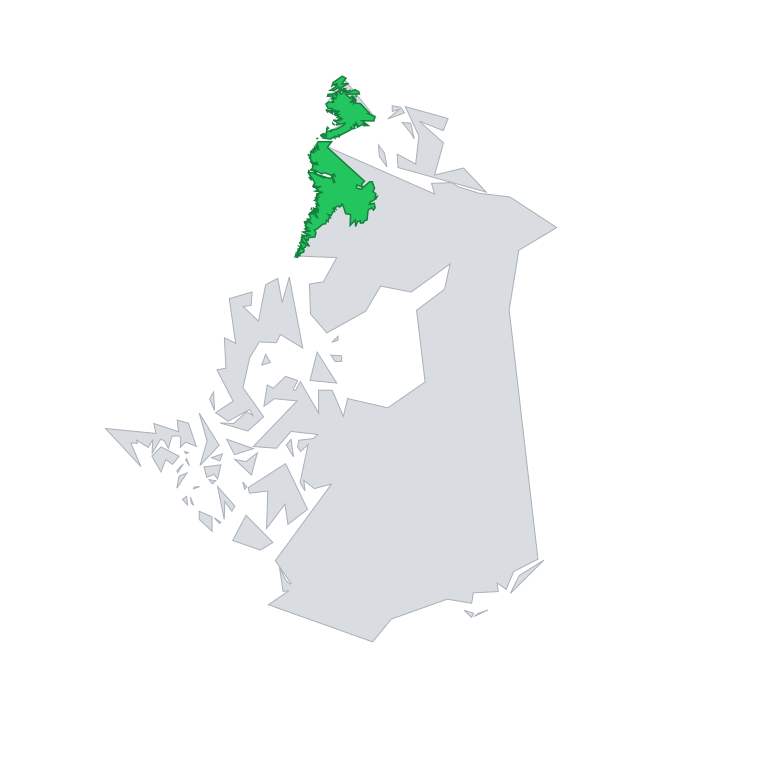 Newfoundland and Labrador highlighted on a map of Canada, rotated 221°
{"feature_id": "CAN-686", "entity_name": "Newfoundland and Labrador", "entity_type": "Province", "adm_level": 1, "iso_a3": "CAN", "parent_name": "Canada", "parent_adm1": "", "projection": "orthographic", "projection_center": [-58.847, 53.496], "detail": "fine", "context": "in_parent", "style": "filled", "palette": "green", "viewbox_px": 768, "rotation_deg": 221, "n_neighbors": 0, "source": "natural_earth", "source_scale": "10m", "svg_char_len": 9899}
<svg xmlns="http://www.w3.org/2000/svg" viewBox="0 0 768 768"><g transform="rotate(221 384 384)"><path d="M195.2,263.0L224.3,211.3L223.4,181.9L326.4,141.6L320.1,165.6L324.2,161.3L342.8,177.3L329.4,171.5L324.0,171.1L323.1,172.4L350.1,179.4L358.0,274.0L367.9,259.4L381.2,258.6L373.5,251.5L382.7,254.6L401.6,288.5L402.7,278.3L408.0,279.9L411.4,285.6L401.5,296.5L400.9,302.4L423.1,287.2L423.1,264.9L441.6,251.1L438.5,314.2L457.0,301.1L460.0,288.4L471.5,306.7L464.8,308.2L463.3,325.1L451.5,329.9L449.4,321.4L448.4,320.2L446.6,321.1L448.7,330.9L414.3,319.2L429.4,336.4L419.0,345.3L393.4,332.9L401.9,349.1L365.5,368.5L354.3,412.5L407.8,461.0L400.5,495.3L412.9,518.1L423.8,471.3L450.8,455.6L445.6,426.9L460.7,385.0L485.4,388.7L505.9,410.5L496.8,421.2L502.6,448.4L534.4,422.9L556.3,487.9L579.0,493.7L557.5,505.2L557.9,509.9L579.0,498.9L592.6,522.7L470.4,560.6L479.7,566.6L465.1,580.3L457.0,581.7L437.3,590.4L411.6,607.8L356.3,615.3L370.0,573.4L338.1,522.0L152.9,352.8L163.1,327.6L157.1,309.2L168.0,308.1L161.7,302.2L179.6,285.0L174.0,276.0L195.2,263.0ZM462.2,274.3L468.6,276.7L477.2,253.7L492.3,251.9L486.6,272.1L519.4,285.1L513.7,292.2L534.8,314.2L522.6,317.4L556.8,346.9L544.0,366.9L535.8,356.2L541.2,350.0L519.9,349.1L538.5,381.3L533.5,394.0L514.3,378.7L525.6,402.5L468.9,357.8L494.7,353.4L492.4,344.5L505.8,333.9L502.6,315.7L488.0,288.7L453.3,280.3L455.9,259.2L482.1,247.1L471.4,255.7L469.5,272.9L462.2,274.3ZM513.3,162.2L564.9,167.7L523.7,197.1L531.8,203.2L507.8,213.2L516.3,221.1L505.9,226.1L484.8,213.8L495.6,209.9L496.2,202.6L502.2,210.3L504.7,210.3L509.8,205.5L504.5,193.9L512.1,196.9L516.4,196.0L513.5,179.4L522.0,190.4L520.4,181.4L534.2,179.3L531.2,177.5L536.3,173.4L513.3,162.2ZM377.8,197.8L401.5,227.0L413.9,213.3L418.5,216.7L406.1,259.3L359.5,239.2L364.4,215.0L379.9,228.4L377.8,197.8ZM497.3,605.0L482.9,574.9L465.6,599.2L432.8,595.9L515.4,556.6L524.9,566.2L504.4,570.8L520.5,594.2L549.9,607.3L509.8,626.4L505.5,614.0L529.8,605.5L497.3,605.0ZM395.5,166.6L402.0,194.4L363.9,191.5L368.4,177.5L395.5,166.6ZM494.7,171.3L512.0,177.4L511.0,190.3L491.2,195.1L490.9,184.6L499.1,183.8L494.7,171.3ZM469.4,201.8L480.2,225.0L504.5,240.9L468.2,229.6L469.4,201.8ZM415.8,177.0L442.4,197.5L416.5,194.0L415.4,188.2L427.0,190.9L415.8,177.0ZM594.6,530.7L584.9,554.6L610.6,556.9L617.4,588.7L565.3,579.1L594.6,530.7ZM424.3,228.3L447.1,229.2L437.4,234.8L434.4,248.9L424.3,228.3ZM420.3,353.7L442.2,338.2L455.3,364.1L420.3,353.7ZM450.5,232.6L466.6,239.1L440.1,249.6L450.5,232.6ZM440.1,166.7L426.7,170.9L417.1,160.1L434.5,160.6L440.1,166.7ZM465.5,203.3L454.1,216.0L447.3,203.1L453.0,204.3L456.5,197.3L465.5,203.3ZM472.0,169.4L478.2,179.9L474.4,187.7L472.0,169.4ZM151.3,308.8L156.3,328.3L147.8,355.8L151.3,308.8ZM494.6,252.9L505.8,258.3L507.4,266.2L494.6,252.9ZM404.5,269.7L417.8,273.9L417.9,281.3L404.5,269.7ZM466.0,215.2L460.0,225.3L457.5,218.3L466.0,215.2ZM483.5,182.7L483.1,192.1L481.5,181.8L483.5,182.7ZM488.6,318.1L492.8,328.7L483.9,325.8L488.6,318.1ZM451.3,167.7L456.0,171.7L447.9,167.5L451.3,167.7ZM426.3,217.3L420.1,216.4L420.1,213.1L426.3,217.3ZM555.0,586.6L552.6,601.8L556.5,595.1L560.4,599.4L553.1,603.8L546.4,602.1L555.0,586.6ZM460.4,164.7L459.3,169.8L453.0,163.8L460.4,164.7ZM545.0,560.7L535.1,558.6L524.2,549.8L536.9,552.8L545.0,560.7ZM443.0,370.9L434.4,377.5L430.8,373.3L435.7,368.9L443.0,370.9ZM164.8,265.3L175.0,265.8L165.9,269.7L164.8,265.3ZM477.1,194.6L483.8,196.6L484.1,198.2L477.1,194.6ZM453.3,197.0L447.5,200.7L448.1,196.0L453.3,197.0ZM522.0,588.8L528.0,590.8L541.9,593.3L535.0,598.4L522.0,588.8ZM450.8,381.3L450.0,389.9L447.4,386.9L450.8,381.3ZM424.4,171.6L416.5,172.7L416.6,170.8L424.4,171.6ZM490.2,202.2L486.6,203.9L487.7,201.4L490.2,202.2ZM459.6,181.7L455.8,185.6L459.0,179.9L459.6,181.7ZM163.6,267.5L162.4,272.5L157.3,281.8L163.6,267.5Z" fill="#d9dde1" stroke="#a8b0b8" stroke-width="1"/><path d="M534.2,422.4L535.1,423.2L533.6,422.5L532.8,423.1L535.0,424.1L532.1,426.2L535.0,424.6L533.9,427.3L536.1,425.9L535.3,429.1L535.9,430.2L537.3,430.6L536.6,430.7L536.0,432.2L538.4,432.3L536.2,433.8L540.3,435.4L539.8,437.3L536.5,437.6L536.0,438.3L541.7,438.2L540.4,438.4L541.4,439.9L540.3,440.5L542.3,440.2L542.9,442.0L542.0,442.5L543.3,442.9L539.3,444.6L539.9,445.4L538.2,447.2L544.9,445.5L542.5,448.6L544.3,449.0L541.4,449.3L539.5,451.2L545.4,449.1L544.9,450.6L546.3,451.0L544.8,451.3L543.8,452.1L547.3,451.7L547.4,454.0L548.8,456.0L544.4,457.5L548.6,458.7L547.7,460.8L552.0,462.8L552.0,464.5L551.0,464.1L548.2,466.3L549.6,468.5L544.2,466.2L547.0,465.7L543.6,466.0L549.4,469.0L546.4,470.4L550.0,472.6L546.8,472.3L551.7,473.5L550.9,475.4L552.4,475.7L550.5,476.0L555.8,478.5L554.3,479.6L556.7,478.5L556.0,481.7L558.5,479.0L557.1,481.0L558.6,482.1L557.6,483.1L557.3,484.3L558.5,482.6L559.4,483.4L555.8,488.6L562.3,484.6L560.9,487.3L564.7,487.0L562.5,489.1L561.1,491.9L566.6,485.8L565.0,489.0L567.5,486.8L568.3,490.6L579.4,493.7L577.4,496.3L563.5,500.4L572.2,498.2L559.4,503.6L559.4,506.7L554.2,502.9L553.7,504.3L559.9,507.0L557.3,508.8L559.3,509.8L561.2,506.7L567.5,504.5L568.8,501.7L576.3,500.1L572.3,498.4L578.7,498.5L581.6,503.0L578.2,506.0L579.9,506.0L579.5,507.9L582.3,504.2L585.9,503.3L584.2,504.6L589.7,506.1L587.6,506.2L591.6,511.0L588.6,512.6L591.3,514.8L588.7,515.2L591.8,517.4L586.3,518.0L592.7,519.6L588.6,519.7L592.3,521.4L592.6,523.7L582.5,532.6L582.0,525.4L531.8,524.3L532.0,520.4L529.7,518.3L535.0,516.5L533.5,513.8L529.2,515.8L527.5,527.2L525.5,528.9L519.6,525.6L518.7,522.1L514.9,522.2L513.1,518.9L512.2,520.9L511.6,518.4L513.7,512.3L513.0,509.9L510.0,514.0L506.3,511.2L506.0,508.3L508.8,508.9L510.1,504.9L504.4,496.6L505.8,494.8L505.4,491.8L507.4,490.0L508.9,491.5L510.5,489.3L508.8,484.2L513.3,488.9L513.6,481.5L520.4,489.9L524.7,487.4L532.9,492.4L534.1,491.9L533.0,490.2L533.8,488.3L535.2,488.8L536.9,484.6L535.1,484.3L537.5,483.0L534.5,481.9L535.4,480.0L534.4,476.3L537.2,475.2L533.4,474.3L534.5,472.6L532.7,469.9L534.7,469.9L533.2,466.5L535.1,464.5L536.4,456.2L537.7,454.5L534.7,453.6L532.6,449.6L536.9,445.1L535.5,442.6L539.3,441.7L530.6,438.9L534.4,438.3L533.1,435.9L534.5,432.2L532.3,432.8L531.2,430.8L533.1,427.1L532.0,426.4L531.7,425.4L533.6,424.7L532.3,422.8L532.8,422.5L534.2,422.4ZM620.2,578.2L617.4,588.9L613.3,589.8L612.8,582.7L607.9,587.6L610.6,580.2L608.0,574.8L606.4,574.6L605.6,580.2L603.9,581.3L605.4,578.3L602.0,580.8L598.9,587.1L594.8,588.0L592.8,586.7L603.0,577.6L597.0,577.4L597.3,580.0L595.8,581.3L595.2,580.9L595.8,580.0L595.3,579.6L593.1,581.0L594.4,579.1L591.0,580.4L595.4,578.0L593.0,578.3L594.3,575.0L594.0,574.6L591.8,577.8L591.0,576.1L590.8,578.7L589.7,577.3L585.8,580.1L572.8,578.9L573.6,577.6L566.3,580.0L564.2,575.9L573.4,568.2L565.4,568.8L569.4,565.1L567.9,567.1L569.8,567.7L572.4,560.7L572.7,561.6L573.9,561.5L575.0,562.6L576.5,562.7L574.5,560.8L576.3,560.7L576.8,560.1L574.9,560.6L576.1,559.3L573.7,557.8L575.5,555.5L577.9,556.6L575.9,554.0L580.4,542.6L581.6,542.7L581.9,542.3L580.0,541.3L583.6,538.7L582.3,537.4L583.8,537.4L585.1,533.7L591.3,529.7L591.5,531.3L593.5,531.4L592.5,530.5L593.3,529.8L595.0,530.3L593.7,533.5L589.9,532.9L592.8,536.3L590.3,540.9L589.6,539.0L590.1,541.5L587.1,545.0L584.2,552.9L584.6,555.4L590.2,547.8L589.7,550.7L595.5,550.0L591.3,552.7L590.1,554.9L592.7,553.4L590.4,556.7L595.3,555.7L595.0,557.3L596.5,555.5L597.0,557.8L596.9,555.1L597.8,555.4L597.7,555.1L598.2,554.9L598.3,555.0L596.6,561.1L598.9,557.1L599.3,558.7L600.8,556.5L601.0,558.1L603.6,554.6L603.7,558.0L607.0,555.2L611.6,557.3L611.0,560.2L606.4,563.9L609.1,562.9L607.8,564.2L608.6,565.5L611.2,564.8L606.9,568.6L610.9,566.4L611.4,568.0L615.4,564.1L616.3,565.9L611.4,571.0L609.0,570.3L608.9,571.1L609.3,572.2L611.3,572.3L609.3,573.0L611.7,572.4L610.4,575.9L609.8,575.1L609.2,575.0L612.6,578.6L614.5,572.6L617.2,570.5L615.0,578.2L616.2,579.8L618.1,577.6L618.8,574.9L620.2,578.2ZM549.9,467.1L552.1,464.7L550.3,466.7L551.7,466.7L551.6,468.5L549.9,467.1ZM573.1,490.3L575.9,490.9L575.8,491.1L574.6,491.7L573.7,491.6L573.1,490.3ZM605.1,554.2L605.1,552.3L607.4,552.9L607.4,553.1L605.1,554.2ZM611.1,571.3L611.6,572.0L609.5,571.9L608.9,570.7L611.1,571.3ZM552.4,475.0L554.4,476.0L552.8,475.8L552.4,475.0ZM551.1,469.4L553.2,470.8L549.8,470.0L551.1,469.4ZM601.5,555.4L600.3,554.2L603.1,553.7L601.5,555.4ZM548.2,456.5L549.3,457.6L547.9,457.4L548.2,456.5ZM551.0,471.1L550.0,472.0L548.7,470.9L551.0,471.1ZM536.4,428.0L537.2,429.4L535.7,429.4L536.4,428.0ZM550.5,458.8L548.9,458.7L548.6,458.3L550.1,457.3L549.1,458.5L550.5,458.8ZM548.7,452.6L547.5,453.7L548.7,452.6ZM548.8,454.4L549.5,453.5L550.4,454.2L549.8,455.1L548.8,454.4ZM607.8,577.4L607.0,580.6L606.0,580.7L607.8,577.4ZM589.7,507.5L591.3,507.0L591.5,507.4L589.7,507.5ZM593.8,539.9L594.6,540.7L593.7,540.7L593.8,539.9ZM591.4,578.6L592.9,578.5L593.3,578.8L591.4,578.6ZM554.6,477.8L556.1,477.2L555.7,477.7L554.6,477.8ZM553.8,468.6L553.1,467.7L553.8,468.5L553.8,468.6ZM595.7,525.4L594.7,526.3L595.8,524.8L595.7,525.4ZM582.1,503.5L583.3,503.2L583.5,503.4L582.1,503.5ZM590.7,512.5L591.4,511.7L591.6,512.4L590.7,512.5ZM579.4,494.1L580.0,494.7L579.3,494.7L579.4,494.1ZM593.6,537.8L594.3,538.6L593.7,538.4L593.6,537.8ZM593.6,554.7L594.8,554.5L594.0,554.8L593.6,554.7ZM581.4,505.3L581.2,504.5L582.0,504.4L581.4,505.3ZM602.0,555.4L601.9,556.4L601.5,556.2L602.0,555.4ZM608.1,579.5L608.1,577.1L608.3,579.7L608.1,579.5ZM616.9,577.3L617.8,577.0L616.8,577.6L616.9,577.3ZM593.6,555.6L594.2,554.9L594.2,555.2L593.6,555.6ZM534.5,421.8L534.9,422.7L534.3,422.3L534.5,421.8ZM590.9,512.8L591.5,513.0L591.3,513.5L590.9,512.8ZM590.7,515.8L591.3,515.7L591.3,516.1L590.7,515.8ZM607.3,581.2L607.5,580.5L607.8,580.7L607.3,581.2ZM592.7,546.9L593.2,546.8L593.5,547.2L592.7,546.9ZM581.1,540.2L581.5,539.7L581.6,539.9L581.1,540.2ZM593.8,583.0L593.1,583.0L592.9,583.1L593.4,582.7L593.8,583.0ZM579.4,497.7L579.9,497.4L579.8,498.0L579.4,497.7ZM579.8,495.2L580.3,494.9L580.5,495.4L579.8,495.2ZM602.2,582.6L602.6,582.5L602.4,583.1L602.2,582.6ZM592.0,547.1L592.5,547.1L592.0,547.2L592.0,547.1Z" fill="#22c55e" stroke="#15803d" stroke-width="1.5"/></g></svg>